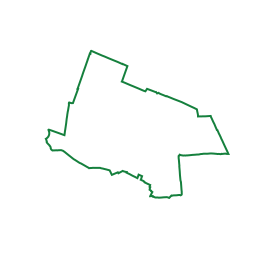 Cuza Voda, Constanta, Romania, rotated 58°
{"feature_id": "2599482B95027608371455", "entity_name": "Cuza Voda", "entity_type": "district", "adm_level": 2, "iso_a3": "ROU", "parent_name": "Romania", "parent_adm1": "Constanta", "projection": "equal_earth", "projection_center": [28.324, 44.307], "detail": "fine", "context": "isolated", "style": "outline", "palette": "green", "viewbox_px": 256, "rotation_deg": 58, "n_neighbors": 0, "source": "geoboundaries", "source_scale": "gbopen_adm2", "svg_char_len": 4497}
<svg xmlns="http://www.w3.org/2000/svg" viewBox="0 0 256 256"><g transform="rotate(58 128 128)"><path d="M203.2,56.6L200.3,56.2L194.4,55.5L191.3,55.1L188.3,54.7L188.2,54.7L187.2,54.6L186.9,54.6L185.1,54.3L184.6,54.2L183.3,54.1L182.0,53.9L181.2,53.9L180.4,53.8L179.4,53.6L178.3,53.5L177.2,53.3L176.8,53.7L176.5,53.6L174.3,53.3L172.4,53.0L170.7,52.7L169.7,52.6L168.4,52.5L166.7,52.3L164.6,52.0L162.7,51.8L161.6,51.5L159.2,56.0L155.3,62.5L154.3,61.9L154.1,61.8L152.9,61.3L150.7,60.5L148.7,59.7L148.3,59.9L147.4,60.5L146.7,60.9L146.2,61.2L143.0,63.3L136.6,67.4L136.2,67.6L135.4,68.2L134.5,68.7L134.3,68.9L131.6,70.9L127.5,74.0L124.4,76.2L122.8,77.4L121.5,78.2L121.4,78.3L121.4,78.8L121.0,79.1L118.7,80.7L117.4,81.7L116.1,82.6L115.1,83.2L114.7,83.4L114.6,83.5L114.4,83.5L114.2,84.6L114.1,85.0L113.5,85.0L112.4,85.2L112.4,85.4L108.4,88.4L104.9,91.1L106.1,93.8L105.2,94.6L103.4,95.9L100.6,97.8L94.4,102.2L94.3,102.3L92.6,103.5L90.6,104.9L87.7,106.9L85.8,108.3L85.4,108.6L85.3,108.4L80.2,102.0L75.2,95.7L71.0,98.5L70.7,98.7L70.8,98.9L66.6,101.7L61.2,105.6L58.7,107.4L54.8,110.1L53.1,111.4L47.9,115.0L43.9,117.7L43.4,118.1L43.1,118.3L43.1,118.6L44.3,120.0L44.6,120.2L45.0,120.4L45.2,120.6L45.0,120.8L44.7,121.0L45.3,121.7L46.2,122.8L46.7,123.5L47.5,124.4L47.9,125.0L48.0,125.1L48.2,125.3L48.3,125.5L48.5,125.7L48.7,125.9L48.7,126.0L49.1,126.4L50.4,128.0L50.7,128.4L52.9,131.1L54.8,133.5L57.1,136.4L58.0,137.5L58.9,138.6L59.2,138.9L67.9,149.8L68.0,150.0L68.4,149.6L69.0,150.4L74.4,157.3L77.7,161.5L77.1,162.6L76.2,163.5L75.3,164.2L75.2,164.5L75.4,164.7L75.6,165.0L76.3,165.4L77.0,165.8L77.6,166.2L79.0,167.5L81.3,169.5L81.7,169.9L82.3,170.5L84.6,172.5L85.5,173.2L87.8,175.2L91.2,177.9L95.8,181.8L97.6,183.4L99.6,185.0L100.2,185.5L100.4,185.7L99.8,186.2L97.6,187.9L95.3,189.7L90.0,193.9L87.6,195.9L87.4,196.1L87.4,196.4L87.6,196.5L88.0,196.6L88.5,196.7L89.0,196.8L89.5,197.0L90.0,197.1L90.7,197.5L91.5,198.1L92.2,198.8L92.6,199.4L93.1,200.1L93.3,200.9L93.5,201.4L93.6,202.1L93.7,203.0L93.7,203.4L94.2,203.4L95.9,203.9L96.3,203.9L96.5,204.2L96.7,204.4L97.2,204.5L97.7,204.5L99.3,204.2L100.3,204.0L100.9,203.8L101.7,203.9L102.1,203.7L103.3,203.8L104.2,204.3L104.6,204.4L105.5,204.5L107.0,204.0L108.7,201.0L108.9,200.6L109.4,200.0L110.2,198.4L111.2,196.7L111.4,196.4L112.4,195.6L112.9,195.2L113.5,194.9L114.4,194.6L115.0,194.3L115.4,194.2L119.7,192.7L125.3,190.7L126.0,190.4L126.7,190.0L128.6,189.1L131.0,188.0L132.2,187.4L132.7,187.0L132.8,186.9L133.1,186.7L135.5,185.4L138.3,183.9L138.9,183.6L140.3,182.8L140.8,182.6L141.3,182.3L141.4,182.2L141.5,182.2L141.6,181.9L142.0,181.2L142.1,180.9L142.2,180.7L142.3,180.6L142.8,179.7L143.2,178.8L143.7,178.1L143.9,177.8L144.2,177.3L144.8,176.4L146.3,173.9L146.8,173.2L147.0,172.8L147.3,172.6L147.8,172.2L148.3,171.7L149.1,170.8L150.2,169.8L151.0,169.0L151.7,168.3L152.7,167.4L153.3,166.8L153.6,166.5L153.8,166.4L154.2,166.1L154.3,166.0L155.2,166.1L156.5,166.2L157.7,166.4L159.2,166.5L159.7,163.3L160.2,160.1L161.3,160.1L161.6,155.2L162.2,154.9L163.8,153.4L164.7,152.4L165.1,152.9L168.1,151.0L170.8,149.5L173.0,148.1L175.5,146.6L175.0,145.9L173.2,143.7L176.3,141.6L177.4,143.0L178.6,144.4L178.7,144.6L179.8,143.9L180.8,143.2L181.4,142.9L182.3,142.6L182.5,142.8L182.8,142.8L185.5,141.1L188.1,139.4L189.3,140.9L190.0,140.5L191.0,141.7L191.8,142.4L193.5,141.6L193.9,141.9L195.2,141.3L197.5,145.2L197.6,145.3L198.8,143.1L199.4,143.3L199.7,143.2L200.1,142.5L200.5,142.3L200.9,142.1L201.7,141.3L202.4,140.0L203.4,138.8L204.2,137.4L205.0,135.9L205.4,135.0L206.4,133.2L207.1,131.9L208.0,130.9L208.8,130.4L209.1,130.1L208.3,127.0L208.7,126.8L208.8,126.4L208.9,126.0L209.1,125.4L209.2,125.2L209.4,124.9L209.8,124.2L210.9,122.3L211.5,120.9L212.2,119.7L212.7,119.2L213.0,119.0L213.0,118.0L212.8,117.7L212.5,117.4L210.6,116.3L210.5,116.2L208.8,115.4L202.2,111.9L201.8,111.7L201.4,111.6L200.1,111.2L198.3,110.3L195.5,108.9L192.0,107.0L187.5,104.7L187.4,104.5L185.4,103.5L182.3,101.9L180.4,101.0L178.7,100.0L178.5,99.8L178.4,99.6L178.6,99.0L178.5,98.7L178.1,98.3L179.2,97.4L180.6,95.8L181.3,94.5L181.8,93.9L182.2,93.0L182.7,92.2L183.7,90.2L184.5,88.6L184.8,87.9L186.2,85.3L187.1,83.5L187.6,82.7L188.1,81.7L188.6,80.2L189.3,78.9L189.5,78.4L189.8,77.7L190.2,77.0L190.6,76.3L191.2,75.4L191.4,75.1L191.5,74.9L192.0,74.1L193.1,71.9L193.2,71.7L193.8,70.7L194.4,69.9L195.1,68.9L196.1,67.6L196.7,66.8L197.1,66.3L197.5,65.9L197.8,65.3L198.2,64.6L199.1,63.5L199.3,63.3L199.4,62.7L199.5,62.7L201.3,59.0L202.0,58.4L202.6,57.5L203.2,56.6Z" fill="none" stroke="#15803d" stroke-width="2"/></g></svg>